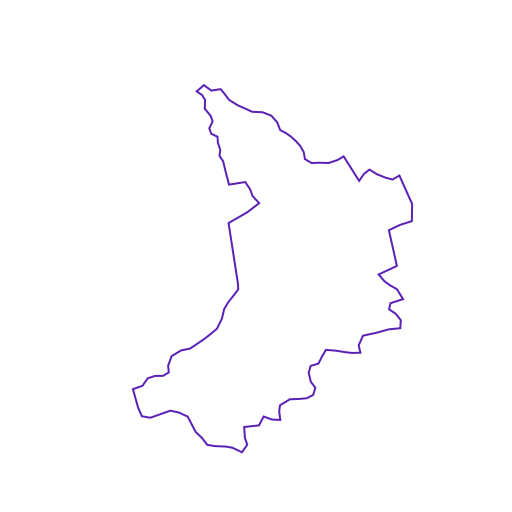 the district of Coqueiro Baixo, Rio Grande do Sul, Brazil, rotated 249°
{"feature_id": "56859067B73251776772186", "entity_name": "Coqueiro Baixo", "entity_type": "district", "adm_level": 2, "iso_a3": "BRA", "parent_name": "Brazil", "parent_adm1": "Rio Grande do Sul", "projection": "robinson", "projection_center": [-52.121, -29.161], "detail": "fine", "context": "isolated", "style": "outline", "palette": "violet", "viewbox_px": 512, "rotation_deg": 249, "n_neighbors": 0, "source": "geoboundaries", "source_scale": "gbopen_adm2", "svg_char_len": 1687}
<svg xmlns="http://www.w3.org/2000/svg" viewBox="0 0 512 512"><g transform="rotate(249 256 256)"><path d="M175.8,93.4L156.7,91.6L147.3,92.0L142.9,99.3L142.3,120.6L137.5,127.9L130.5,134.7L113.4,136.6L105.2,140.5L97.2,142.8L93.3,149.4L88.8,159.7L85.5,165.2L77.8,172.6L83.0,180.2L90.4,180.5L100.6,183.7L96.8,198.1L103.4,205.6L97.6,212.3L94.3,219.9L102.7,222.0L108.0,224.9L110.1,236.3L107.0,245.3L105.0,252.5L105.8,259.6L111.8,264.2L118.8,262.1L128.0,263.3L133.8,267.6L133.2,275.8L138.7,281.8L143.3,287.7L139.0,296.6L134.1,305.1L131.1,310.8L128.3,318.8L135.7,319.8L143.3,327.3L141.2,340.6L140.0,353.5L136.9,364.8L144.2,368.2L152.1,365.7L158.5,361.1L163.7,364.6L163.1,377.8L174.4,375.7L181.0,370.3L186.6,366.8L194.8,363.9L196.3,384.0L232.5,389.3L233.4,401.8L232.7,414.0L248.6,420.4L279.7,418.7L278.5,410.8L282.7,405.0L289.0,398.2L296.0,392.9L294.0,386.3L289.2,379.2L317.6,373.5L316.4,366.8L316.8,357.0L320.3,348.8L322.8,341.3L328.9,336.4L335.9,337.8L343.0,336.7L349.0,334.4L354.9,331.4L360.0,328.0L364.9,323.7L373.1,323.7L381.5,320.6L387.9,313.6L392.0,304.1L396.5,299.7L403.2,293.0L411.4,286.8L418.8,284.7L424.5,282.7L426.4,273.6L434.2,268.6L430.9,259.6L425.7,263.3L420.2,264.4L411.7,261.0L402.7,264.0L397.1,263.7L392.0,258.2L386.2,258.0L381.1,262.8L375.3,261.0L367.9,260.7L362.5,257.8L356.1,259.3L346.7,258.0L332.3,256.4L328.9,272.5L320.3,274.4L313.1,274.3L304.2,277.9L300.0,263.7L296.6,242.2L236.5,229.2L231.2,227.4L227.0,220.7L222.7,213.4L217.9,207.3L209.6,201.6L202.1,193.5L199.0,184.4L196.8,177.0L194.7,167.9L193.2,161.1L194.7,152.2L192.8,141.4L185.0,134.6L178.6,132.9L177.4,126.4L180.2,118.8L180.6,111.0L175.5,103.5L175.8,93.4Z" fill="none" stroke="#5b21b6" stroke-width="2"/></g></svg>